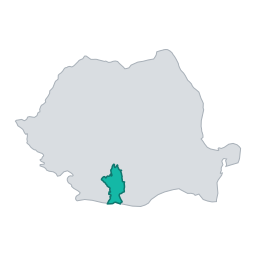 Olt highlighted on a map of Romania
{"feature_id": "ROU-126", "entity_name": "Olt", "entity_type": "County", "adm_level": 1, "iso_a3": "ROU", "parent_name": "Romania", "parent_adm1": "", "projection": "orthographic", "projection_center": [24.399, 44.334], "detail": "fine", "context": "in_parent", "style": "filled", "palette": "teal", "viewbox_px": 256, "rotation_deg": 0, "n_neighbors": 0, "source": "natural_earth", "source_scale": "10m", "svg_char_len": 5947}
<svg xmlns="http://www.w3.org/2000/svg" viewBox="0 0 256 256"><path d="M204.6,143.9L207.3,147.3L210.6,149.0L218.1,150.6L218.7,150.3L218.8,150.0L218.3,149.5L218.1,148.8L218.5,148.0L219.5,147.9L221.2,148.5L224.3,147.3L228.8,144.2L233.1,143.4L237.1,144.8L239.2,146.6L240.6,148.4L240.4,150.7L240.2,152.1L239.6,158.0L239.0,160.3L238.0,162.8L225.9,166.4L226.6,165.0L226.2,162.6L225.6,160.7L226.6,159.0L223.8,158.5L222.7,159.5L221.8,161.2L222.9,164.8L221.6,166.9L221.2,168.1L221.3,170.8L220.5,172.0L220.4,173.3L222.4,172.9L221.6,175.3L218.2,180.0L217.0,182.7L217.9,193.3L216.5,199.7L216.5,201.6L212.5,201.9L211.3,201.8L207.5,201.0L203.2,199.5L200.6,196.3L198.9,194.1L195.4,195.3L194.7,195.0L193.7,193.9L191.0,193.3L187.6,193.4L180.0,189.4L179.2,188.7L173.4,189.6L164.7,191.9L158.0,194.7L151.2,199.5L148.5,203.1L145.2,205.0L140.6,206.5L132.3,206.1L123.6,204.3L114.3,202.5L109.3,203.5L102.5,202.7L92.3,200.3L84.7,199.5L77.1,200.8L75.9,199.7L75.6,198.5L75.9,196.9L77.0,195.6L78.9,194.6L79.8,193.6L80.0,192.5L77.9,190.8L73.8,188.4L72.1,186.9L71.7,186.6L71.7,185.3L70.8,184.2L69.2,183.4L68.0,182.1L67.2,180.1L67.4,178.2L68.7,176.5L70.3,175.8L72.3,176.1L73.1,175.6L72.8,174.4L70.9,172.8L67.5,170.8L63.9,171.8L60.1,175.6L57.5,176.2L56.0,173.5L53.2,171.8L49.1,171.2L46.6,170.1L45.7,168.5L44.0,167.3L40.1,165.9L40.1,164.7L40.7,164.5L42.1,164.4L44.0,164.2L44.3,163.5L44.4,162.9L42.9,162.1L41.4,161.5L40.7,160.9L40.2,160.3L40.1,159.7L40.6,159.3L41.2,159.3L41.8,158.9L42.2,157.5L43.0,156.4L43.6,156.0L43.6,155.1L43.0,154.3L42.3,153.5L41.1,153.1L37.4,151.7L35.6,149.9L34.4,149.8L32.7,148.8L30.8,147.2L29.2,145.0L27.4,143.5L26.9,142.9L26.9,142.4L27.3,141.8L27.3,141.2L26.9,139.1L27.3,136.9L27.4,134.8L27.4,133.9L27.0,133.6L26.7,133.9L26.2,134.3L25.8,134.3L24.5,132.8L23.0,129.6L21.9,128.6L19.7,127.0L17.9,125.8L16.7,123.1L15.4,121.1L16.3,120.3L21.7,119.4L24.2,120.7L25.3,120.3L26.4,119.4L27.1,118.7L27.2,118.0L27.8,117.0L29.6,116.6L34.4,117.4L36.4,116.1L37.1,115.4L37.6,113.8L38.2,112.5L39.9,111.8L39.9,110.6L39.7,109.3L40.8,106.4L41.5,105.2L42.4,104.8L43.6,104.0L45.7,102.1L45.3,100.4L45.8,99.2L48.0,96.3L49.6,93.4L49.7,91.9L49.9,90.7L51.4,89.3L52.9,87.6L55.1,82.0L55.8,81.0L57.1,80.0L58.1,79.0L58.3,75.2L59.2,74.2L60.9,73.0L62.7,71.1L64.1,68.9L65.2,67.8L66.6,67.6L68.1,66.7L69.8,66.4L71.4,66.9L72.5,66.7L74.1,65.6L78.2,61.5L78.8,60.7L79.6,60.1L82.9,58.7L83.7,57.3L84.8,56.0L86.3,56.1L90.9,59.4L95.9,59.3L96.9,59.4L97.2,59.5L97.8,59.7L104.4,61.4L105.5,61.2L105.8,61.1L108.5,62.4L110.8,62.2L113.1,61.3L115.4,61.0L117.6,61.5L119.3,63.4L123.6,67.3L124.8,68.8L126.8,68.5L129.0,67.8L131.1,65.1L137.8,62.1L143.0,61.3L148.0,60.0L153.7,59.0L155.3,56.6L156.2,54.9L156.8,51.8L159.9,50.8L162.8,50.1L163.9,49.7L166.0,49.5L167.7,49.7L170.3,51.2L172.2,53.0L173.0,54.5L174.6,56.6L176.3,59.5L178.3,63.5L178.7,65.5L179.5,67.6L180.9,70.3L183.6,73.1L184.0,73.7L185.3,75.7L187.7,80.2L189.7,82.0L191.4,83.9L192.3,85.9L193.6,87.7L196.5,90.0L198.9,92.1L201.0,98.3L202.4,101.2L203.3,103.4L203.1,107.9L203.7,109.8L202.9,113.4L201.3,120.6L201.1,126.3L201.6,129.3L201.7,131.2L202.2,132.5L202.9,135.0L203.0,137.3L202.4,137.9L201.5,138.5L201.1,139.0L202.0,140.0L203.3,141.8L204.6,143.9Z" fill="#d9dde1" stroke="#a8b0b8" stroke-width="1"/><path d="M107.6,203.9L107.4,203.8L108.7,200.9L108.9,200.7L109.3,200.3L109.4,200.1L109.5,199.7L109.9,199.3L110.1,199.1L110.4,198.2L110.4,197.9L110.4,197.7L110.0,197.1L110.0,196.8L110.1,196.5L110.3,196.3L110.8,196.1L110.9,195.8L110.9,195.5L110.9,195.2L110.8,194.9L110.4,194.6L110.1,194.5L109.3,194.5L109.1,194.4L108.9,194.3L108.8,194.1L108.8,193.9L108.8,193.5L108.9,193.3L109.0,192.7L109.0,192.3L109.0,192.1L109.3,191.9L109.5,191.9L109.8,191.9L110.1,192.0L110.4,192.1L110.5,192.0L110.5,191.8L110.0,190.8L109.8,190.0L109.8,189.5L109.8,189.1L109.9,188.8L110.0,188.6L110.0,188.3L109.9,188.0L109.4,187.5L109.1,187.3L108.5,187.0L107.7,186.4L107.4,186.2L107.1,185.8L106.9,185.3L106.7,184.9L106.5,184.6L106.0,184.2L105.7,183.8L105.4,183.4L105.1,182.7L104.7,182.4L104.4,182.2L104.1,182.1L103.9,182.0L103.7,181.8L103.0,180.9L102.8,180.6L101.8,180.0L101.6,179.8L101.5,179.6L101.5,179.3L101.5,179.1L101.9,178.5L102.8,177.4L103.7,176.8L104.0,176.7L104.3,176.7L104.6,176.7L104.8,176.8L105.0,177.0L105.5,177.6L105.6,177.8L105.8,177.8L106.1,177.7L106.9,176.6L107.2,176.3L107.5,176.1L108.0,176.1L108.6,176.3L108.8,176.3L109.1,176.2L109.8,175.8L110.0,175.6L110.1,174.8L110.3,174.6L110.6,174.3L110.8,174.3L111.0,174.5L110.9,174.9L110.9,175.1L111.0,175.3L111.1,175.6L111.3,175.8L111.5,175.9L111.7,175.7L111.9,175.6L111.9,175.0L111.7,174.2L111.4,173.5L111.1,173.1L111.2,172.5L110.9,171.1L110.8,170.3L110.8,170.0L111.2,169.6L111.6,168.9L111.8,168.5L112.0,168.1L112.1,167.4L112.2,166.9L112.3,166.5L112.4,166.1L113.1,164.9L113.3,164.7L113.5,164.5L113.7,164.3L113.9,164.3L114.2,164.4L114.4,164.7L114.5,164.9L114.4,166.5L114.7,167.3L114.9,167.4L115.1,167.5L115.3,167.4L116.3,166.6L116.5,166.4L116.6,166.2L116.8,165.6L117.1,165.2L117.3,165.0L117.5,165.1L117.6,165.3L117.7,165.5L117.6,165.8L117.6,166.2L117.6,166.5L117.8,167.0L118.9,169.3L119.2,169.6L119.7,170.1L120.0,170.2L120.4,170.2L120.8,170.1L121.2,170.2L121.4,170.3L121.5,170.5L121.4,170.7L121.0,170.9L120.8,171.0L120.6,171.2L120.6,171.4L120.6,171.7L121.2,172.7L121.4,173.2L121.5,174.0L121.6,174.4L121.6,174.7L121.8,175.3L122.1,176.8L122.0,177.1L121.9,177.5L121.9,177.8L121.9,178.1L122.2,179.2L122.3,180.7L122.4,181.2L122.6,181.5L122.8,181.7L124.0,181.8L124.5,182.1L124.2,182.9L124.2,183.3L124.2,183.8L124.4,185.3L124.5,186.9L124.4,187.7L124.1,188.8L124.1,189.8L124.2,190.3L124.3,190.8L124.3,191.5L124.2,191.8L123.9,192.0L123.0,192.2L122.7,192.3L122.4,192.5L121.7,193.3L121.1,193.5L120.7,193.6L120.3,193.7L119.8,193.9L119.3,194.6L119.2,195.1L119.2,195.8L120.0,197.7L120.8,199.5L121.9,201.2L122.1,201.8L122.0,202.0L121.8,202.2L121.1,202.5L120.8,202.8L120.5,203.1L120.0,203.7L120.0,203.8L116.0,202.3L115.2,202.2L114.3,202.5L112.9,203.5L112.5,203.6L112.0,203.7L107.6,203.9Z" fill="#14b8a6" stroke="#0f766e" stroke-width="1.5"/></svg>